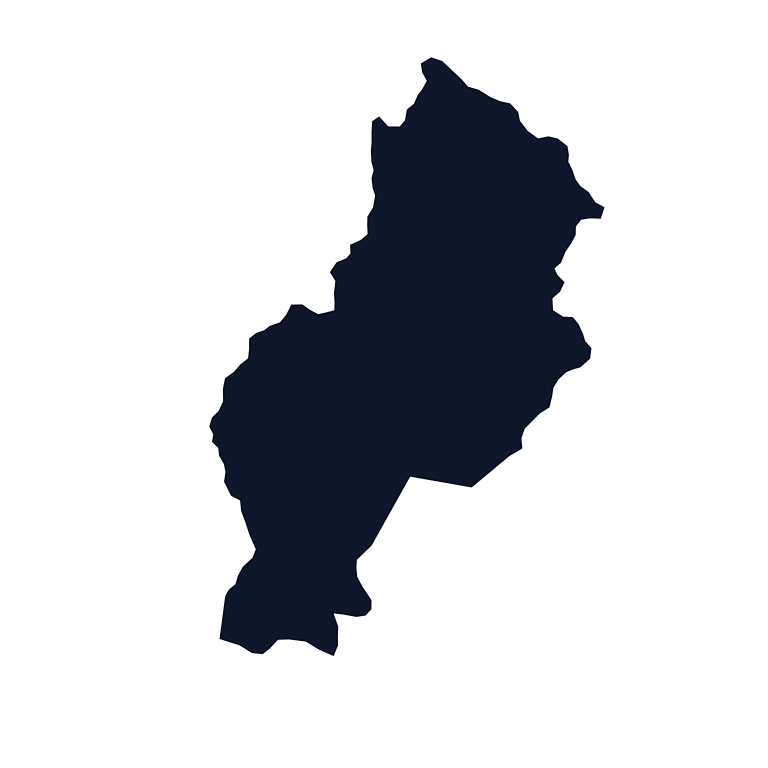 the district of Caturaí, Goiás, Brazil, rotated 124°
{"feature_id": "56859067B16617210056848", "entity_name": "Caturaí", "entity_type": "district", "adm_level": 2, "iso_a3": "BRA", "parent_name": "Brazil", "parent_adm1": "Goiás", "projection": "natural_earth1", "projection_center": [-49.588, -16.454], "detail": "fine", "context": "isolated", "style": "filled", "palette": "ink", "viewbox_px": 768, "rotation_deg": 124, "n_neighbors": 0, "source": "geoboundaries", "source_scale": "gbopen_adm2", "svg_char_len": 2095}
<svg xmlns="http://www.w3.org/2000/svg" viewBox="0 0 768 768"><g transform="rotate(124 384 384)"><path d="M81.6,436.2L85.5,446.0L87.4,456.2L87.9,469.9L91.3,480.6L88.6,490.7L86.7,503.0L84.5,516.4L87.4,527.0L97.6,531.8L103.7,526.1L108.3,517.3L118.4,516.4L125.5,516.8L135.0,515.1L143.7,517.7L153.5,513.3L162.2,514.2L168.9,524.4L165.8,537.2L172.7,539.9L182.0,534.4L190.0,528.9L197.5,524.7L206.2,518.2L212.2,511.4L219.7,508.9L227.2,502.6L232.2,496.1L243.5,491.1L254.3,490.6L261.2,486.2L268.7,480.6L277.8,483.1L287.5,489.0L294.4,484.0L301.4,484.9L309.8,490.6L321.1,490.6L325.2,481.4L336.1,475.7L343.7,469.9L350.7,465.5L357.2,471.1L363.7,477.3L364.7,487.1L364.4,495.9L370.4,504.4L381.7,503.0L391.4,504.0L400.2,510.6L407.0,512.8L413.3,517.7L421.6,520.4L430.3,514.6L438.7,510.2L447.9,513.2L458.6,514.6L468.0,518.2L477.7,514.2L488.0,507.0L498.8,505.2L507.9,507.1L516.5,504.4L520.7,496.8L527.5,493.7L528.9,485.4L535.1,480.0L539.2,471.6L545.2,465.5L553.9,461.4L561.4,448.1L560.2,437.9L568.6,430.9L575.3,421.5L583.5,411.0L588.1,403.8L592.2,397.2L601.6,395.0L614.5,398.1L624.2,397.2L633.0,394.4L641.2,396.9L648.4,396.3L686.4,377.4L684.1,369.2L680.7,357.9L680.1,343.2L675.4,334.2L667.5,331.6L654.9,329.6L648.4,320.6L644.2,312.3L640.5,305.0L639.8,289.2L637.1,274.5L626.6,276.7L620.3,281.2L611.2,286.9L602.3,299.0L597.2,289.2L591.9,277.1L585.9,270.5L578.0,269.3L570.8,274.0L565.2,287.8L559.5,298.8L552.3,304.7L545.1,309.0L524.8,304.7L445.7,311.3L420.2,254.1L373.4,240.5L360.3,234.1L352.4,240.5L342.2,243.1L330.5,240.9L321.1,239.1L310.8,234.6L300.7,238.3L292.5,242.2L282.6,242.7L272.1,240.3L265.6,236.0L260.0,231.2L247.8,228.1L238.9,232.6L236.7,241.4L231.7,247.6L226.1,256.7L223.8,264.8L228.8,273.1L229.1,285.5L218.9,293.1L208.8,290.4L199.3,291.9L197.5,301.1L193.4,308.2L184.3,305.9L173.3,308.2L162.1,308.2L153.5,309.2L146.3,313.8L137.2,313.2L130.9,306.4L125.4,297.6L115.0,300.6L116.0,310.4L111.2,322.0L110.9,332.1L107.8,340.1L101.8,348.0L97.3,356.0L90.9,359.6L84.9,365.4L84.2,377.2L87.4,385.8L95.1,393.2L94.6,406.5L90.5,418.9L84.2,425.2L81.6,436.2Z" fill="#0f172a" stroke="#020617" stroke-width="1.5"/></g></svg>